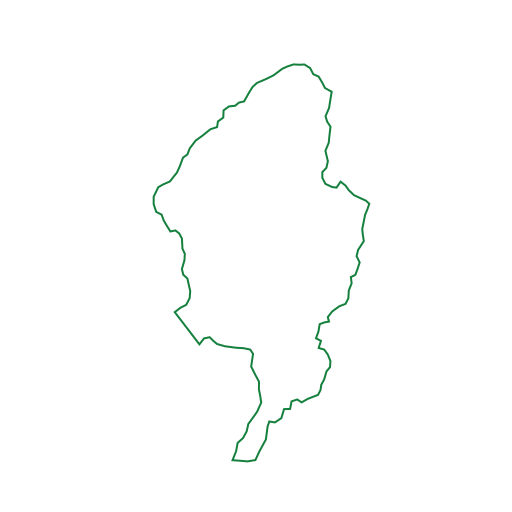 outline of Ipeúna, São Paulo, Brazil, rotated 27°
{"feature_id": "56859067B44866208226492", "entity_name": "Ipeúna", "entity_type": "district", "adm_level": 2, "iso_a3": "BRA", "parent_name": "Brazil", "parent_adm1": "São Paulo", "projection": "natural_earth1", "projection_center": [-47.707, -22.435], "detail": "fine", "context": "isolated", "style": "outline", "palette": "green", "viewbox_px": 512, "rotation_deg": 27, "n_neighbors": 0, "source": "geoboundaries", "source_scale": "gbopen_adm2", "svg_char_len": 2045}
<svg xmlns="http://www.w3.org/2000/svg" viewBox="0 0 512 512"><g transform="rotate(27 256 256)"><path d="M327.8,448.6L334.9,445.6L341.6,442.9L348.1,438.1L347.7,428.3L348.1,415.0L346.0,409.0L343.7,402.5L343.0,397.4L348.4,395.7L352.2,388.9L350.5,379.7L355.8,376.8L353.7,369.4L357.9,365.1L363.1,365.7L366.9,359.9L370.0,356.4L374.3,351.6L374.3,346.0L372.6,341.1L372.8,335.2L371.2,326.8L372.4,321.4L370.0,315.8L364.8,311.3L359.3,308.4L353.6,309.5L352.4,302.1L346.8,302.1L346.0,295.3L343.7,287.8L347.2,284.0L350.8,281.3L347.7,277.8L349.1,270.7L353.1,262.9L357.5,258.0L357.5,251.8L354.3,244.5L353.6,236.9L350.1,231.7L353.1,227.7L352.4,221.8L351.3,214.7L345.7,210.5L344.2,204.3L345.3,193.8L341.5,188.5L338.4,183.7L336.5,176.8L334.5,169.8L334.0,163.3L333.2,158.0L328.7,156.8L321.9,157.1L315.7,157.3L308.9,155.3L303.8,152.6L297.6,151.4L296.7,158.5L292.4,160.0L285.0,160.2L279.6,156.2L277.0,151.1L278.7,145.5L277.0,138.9L270.1,130.8L269.4,122.1L266.6,114.9L263.7,107.0L258.3,103.9L254.5,99.9L253.9,90.9L251.1,82.4L248.9,75.3L241.2,75.0L236.2,71.4L230.4,67.7L224.5,68.0L218.9,64.0L212.2,63.4L208.0,65.8L202.4,68.3L197.7,73.1L194.4,77.3L189.5,87.2L184.9,93.4L178.3,101.3L176.2,107.0L175.7,112.4L175.2,123.7L171.2,127.0L169.2,131.6L164.0,135.0L161.0,141.0L164.0,147.5L161.0,153.4L162.8,158.8L157.8,163.8L153.9,172.6L149.8,180.6L148.1,190.2L148.8,196.7L146.3,201.5L147.4,210.8L147.7,217.6L146.5,223.2L145.5,228.6L140.6,234.6L137.7,239.1L137.9,249.6L141.3,256.3L147.1,262.0L153.1,262.0L157.6,266.2L162.4,269.3L168.6,273.0L172.6,269.8L177.4,270.8L182.1,274.1L187.1,282.8L191.6,286.4L194.2,292.3L195.9,301.3L199.7,305.7L205.1,307.2L209.2,312.2L213.3,317.1L216.0,323.6L216.0,331.2L212.2,336.4L209.1,342.9L245.7,360.4L247.1,353.0L251.6,349.4L256.5,351.0L261.3,352.1L269.4,350.5L274.2,348.8L280.1,346.7L286.7,343.8L293.3,342.0L297.8,344.5L301.9,356.7L309.2,362.1L315.7,366.6L319.2,373.6L322.8,378.1L327.2,384.2L327.7,394.0L326.9,400.0L325.4,409.1L327.3,416.4L327.1,424.1L324.5,430.8L326.9,439.0L327.8,448.6Z" fill="none" stroke="#15803d" stroke-width="2"/></g></svg>